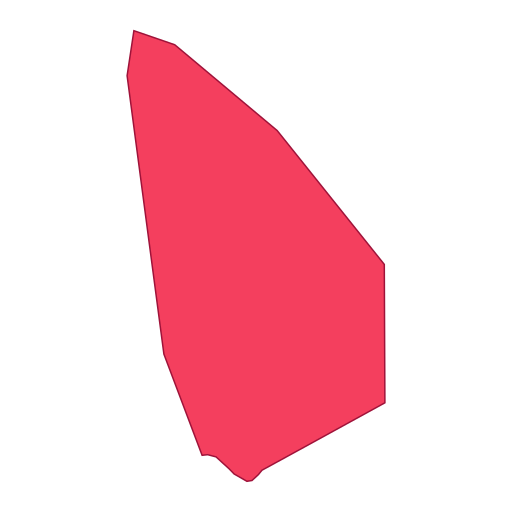 outline of Miami/Bexon, Castries, Saint Lucia
{"feature_id": "8701671B58668276188859", "entity_name": "Miami/Bexon", "entity_type": "district", "adm_level": 2, "iso_a3": "LCA", "parent_name": "Saint Lucia", "parent_adm1": "Castries", "projection": "albers", "projection_center": [-60.97, 13.924], "detail": "fine", "context": "isolated", "style": "filled", "palette": "rose", "viewbox_px": 512, "rotation_deg": 0, "n_neighbors": 0, "source": "geoboundaries", "source_scale": "gbopen_adm2", "svg_char_len": 428}
<svg xmlns="http://www.w3.org/2000/svg" viewBox="0 0 512 512"><path d="M384.3,264.4L277.2,130.6L174.8,44.8L133.9,30.7L127.5,73.1L127.1,75.7L163.9,354.1L202.1,455.3L203.8,455.1L207.5,454.7L208.5,454.9L216.1,456.9L222.6,462.9L229.0,468.7L233.0,472.8L234.0,473.9L246.9,481.3L252.0,480.5L258.4,474.6L260.1,472.5L262.0,470.2L296.2,451.5L384.9,402.8L384.7,358.9L384.3,264.4Z" fill="#f43f5e" stroke="#9f1239" stroke-width="1.5"/></svg>